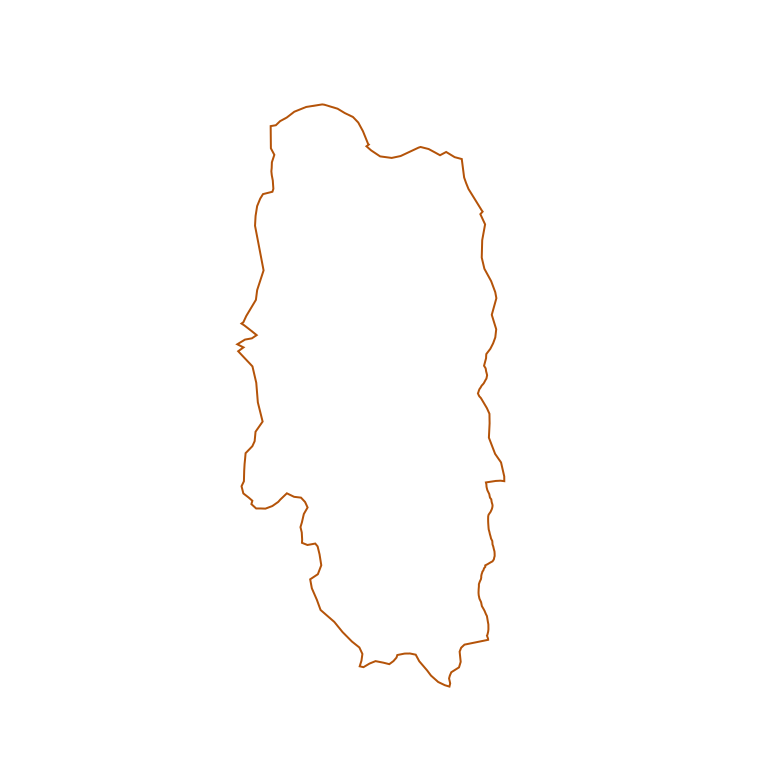 Tougue, Tougué, Guinea, rotated 137°
{"feature_id": "49546643B49131951551470", "entity_name": "Tougue", "entity_type": "district", "adm_level": 2, "iso_a3": "GIN", "parent_name": "Guinea", "parent_adm1": "Tougué", "projection": "natural_earth1", "projection_center": [-11.477, 11.51], "detail": "fine", "context": "isolated", "style": "outline", "palette": "amber", "viewbox_px": 768, "rotation_deg": 137, "n_neighbors": 0, "source": "geoboundaries", "source_scale": "gbopen_adm2", "svg_char_len": 3406}
<svg xmlns="http://www.w3.org/2000/svg" viewBox="0 0 768 768"><g transform="rotate(137 384 384)"><path d="M291.0,649.9L306.0,633.5L307.9,626.4L314.8,622.6L318.9,618.5L321.3,616.4L323.7,613.2L326.6,608.6L328.0,606.9L331.8,602.2L334.5,600.7L343.0,605.4L348.1,604.0L355.5,600.6L363.3,594.5L370.4,587.7L380.0,572.4L394.6,549.2L412.7,539.2L420.3,532.9L438.3,527.7L444.7,525.1L447.0,525.4L446.2,522.2L445.3,516.7L443.8,506.6L449.5,507.5L455.4,511.3L464.2,513.1L461.8,506.6L468.3,507.4L468.2,486.6L476.6,472.0L488.8,456.6L498.4,439.3L510.5,436.7L517.6,430.4L522.7,428.3L532.4,427.8L536.4,424.2L540.6,420.5L545.3,416.0L552.8,408.4L557.9,406.4L561.5,399.9L560.4,393.1L559.9,388.4L562.9,386.6L562.4,380.2L559.6,377.6L555.7,373.7L548.9,370.9L541.8,369.9L538.6,370.2L529.6,370.3L526.7,362.8L522.2,357.5L522.2,351.5L524.1,345.8L531.3,343.6L538.4,338.8L542.7,336.3L545.4,331.5L550.0,326.0L552.3,323.8L549.8,318.5L546.1,316.1L543.1,314.2L543.3,310.5L547.3,303.4L553.5,294.2L562.1,290.0L571.2,291.5L576.1,283.8L580.3,271.9L584.5,262.0L582.6,243.9L583.5,230.9L583.1,217.5L581.7,208.1L583.9,201.3L589.2,197.0L594.3,194.1L592.1,190.9L585.2,189.4L579.2,187.1L574.5,180.6L571.2,175.5L566.1,174.9L561.4,175.4L559.1,176.7L552.8,172.8L548.8,169.2L545.4,164.4L547.3,157.2L547.8,145.2L548.5,138.7L547.6,129.1L544.9,122.2L543.0,118.9L542.5,118.1L539.8,119.9L537.2,124.3L534.8,125.8L531.4,127.3L522.4,125.6L517.4,128.5L511.2,136.7L507.4,138.5L502.9,138.5L485.6,127.9L482.3,125.9L481.5,126.9L480.3,129.8L479.5,130.0L476.8,131.8L474.9,133.4L473.0,135.5L471.7,136.9L470.1,139.4L468.5,141.8L467.0,144.1L466.4,146.2L465.1,149.7L464.5,152.1L463.9,154.8L461.8,158.2L460.6,161.9L458.8,164.9L457.3,166.8L454.7,169.4L452.6,171.3L451.1,172.9L448.6,174.2L446.3,175.1L444.8,176.2L443.9,177.2L442.2,178.4L440.8,179.1L439.9,179.7L438.5,179.9L437.6,180.4L436.5,181.0L434.6,181.2L433.7,182.3L431.2,181.6L429.3,181.2L427.5,180.8L425.6,180.3L423.3,180.8L421.6,182.0L420.4,182.7L418.7,184.6L417.4,186.2L416.3,188.3L414.9,190.7L414.1,192.6L411.9,195.3L411.1,198.0L410.0,199.9L409.0,201.9L407.7,204.1L406.7,206.1L405.4,207.8L403.3,210.4L401.8,212.2L399.8,214.4L398.0,216.2L396.6,217.1L393.3,217.8L391.1,218.7L390.0,219.2L388.5,220.2L387.4,221.2L386.7,222.3L386.4,223.0L385.6,224.5L384.2,226.5L384.0,228.6L383.1,230.1L382.1,231.7L381.4,234.0L380.8,235.9L379.6,238.1L378.9,239.2L377.7,240.6L376.6,242.5L368.4,236.9L364.7,233.8L362.3,230.9L359.1,234.4L351.9,246.8L350.4,257.1L343.9,273.2L333.6,283.2L327.2,290.3L325.2,296.2L323.0,306.3L322.7,307.8L322.7,310.0L322.2,311.7L321.7,313.1L320.6,313.6L318.9,314.6L317.5,315.2L315.9,315.5L313.7,316.2L312.0,316.3L310.5,316.5L308.4,317.2L307.0,317.7L305.4,318.1L302.6,320.1L301.3,322.4L300.8,323.4L299.4,325.5L299.0,326.1L298.4,329.1L291.7,333.3L290.4,334.6L288.8,336.1L286.5,336.5L282.3,337.2L276.5,339.3L270.8,342.2L264.6,347.5L258.0,361.1L243.3,370.1L240.0,375.3L235.5,386.1L232.0,399.8L226.3,409.8L214.1,422.2L201.2,431.8L197.7,442.5L194.3,442.8L194.1,444.4L192.2,453.9L189.2,469.0L186.9,475.0L184.5,480.5L184.4,480.6L173.7,495.5L177.6,501.7L180.3,511.3L187.0,513.1L188.7,518.3L191.1,525.4L195.6,532.4L197.5,533.3L216.4,539.4L224.2,544.1L231.6,553.1L234.1,563.7L234.7,569.8L231.8,569.5L231.9,570.4L227.0,583.2L224.5,592.8L224.6,600.4L227.9,608.9L230.2,617.0L237.2,629.0L238.5,630.6L252.0,639.7L263.9,644.3L273.4,645.2L280.7,647.1L286.6,647.0L291.0,649.9Z" fill="none" stroke="#b45309" stroke-width="2"/></g></svg>